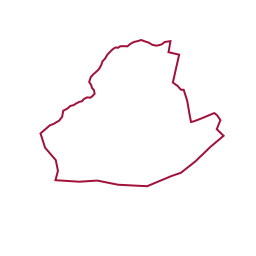 the district of Cocal de Telha, Piauí, Brazil, rotated 139°
{"feature_id": "56859067B88089338838597", "entity_name": "Cocal de Telha", "entity_type": "district", "adm_level": 2, "iso_a3": "BRA", "parent_name": "Brazil", "parent_adm1": "Piauí", "projection": "orthographic", "projection_center": [-41.973, -4.614], "detail": "fine", "context": "isolated", "style": "outline", "palette": "rose", "viewbox_px": 256, "rotation_deg": 139, "n_neighbors": 0, "source": "geoboundaries", "source_scale": "gbopen_adm2", "svg_char_len": 1148}
<svg xmlns="http://www.w3.org/2000/svg" viewBox="0 0 256 256"><g transform="rotate(139 128 128)"><path d="M41.3,149.8L47.7,158.6L39.0,165.7L43.8,168.8L47.6,169.0L50.1,170.1L52.4,171.4L54.9,174.5L56.5,179.1L58.6,182.6L60.5,185.9L64.1,187.4L66.9,189.0L70.9,189.9L74.8,190.0L77.5,192.5L80.3,194.8L82.9,195.1L84.5,196.9L86.8,197.4L90.1,197.4L95.4,196.9L99.9,195.4L103.4,195.1L106.3,193.4L109.6,192.0L112.7,191.3L118.7,191.3L122.5,190.9L124.8,189.6L127.1,188.2L127.6,184.6L128.9,181.8L128.9,178.8L130.8,175.7L134.2,175.4L136.5,175.6L138.9,178.0L142.5,178.8L145.1,178.4L147.7,179.7L150.4,180.4L154.2,181.0L157.1,182.5L161.0,182.4L165.5,183.5L168.6,181.1L170.3,179.6L172.8,179.2L175.2,178.7L177.5,179.2L181.1,179.8L185.4,181.3L197.6,181.3L203.5,167.5L203.6,151.1L209.0,141.6L217.0,136.2L210.0,129.3L200.1,119.5L185.7,108.5L172.7,91.7L160.8,80.2L151.7,71.5L126.6,63.2L117.5,59.5L98.8,58.6L92.9,59.0L90.6,59.0L78.2,59.7L61.0,59.4L61.8,68.9L53.1,73.3L52.4,79.1L53.1,82.7L66.2,87.0L74.1,89.9L76.5,91.2L73.1,97.1L65.4,109.8L60.9,120.3L62.8,121.9L63.0,124.5L62.9,127.0L63.6,129.7L64.3,132.9L41.3,149.8Z" fill="none" stroke="#9f1239" stroke-width="2"/></g></svg>